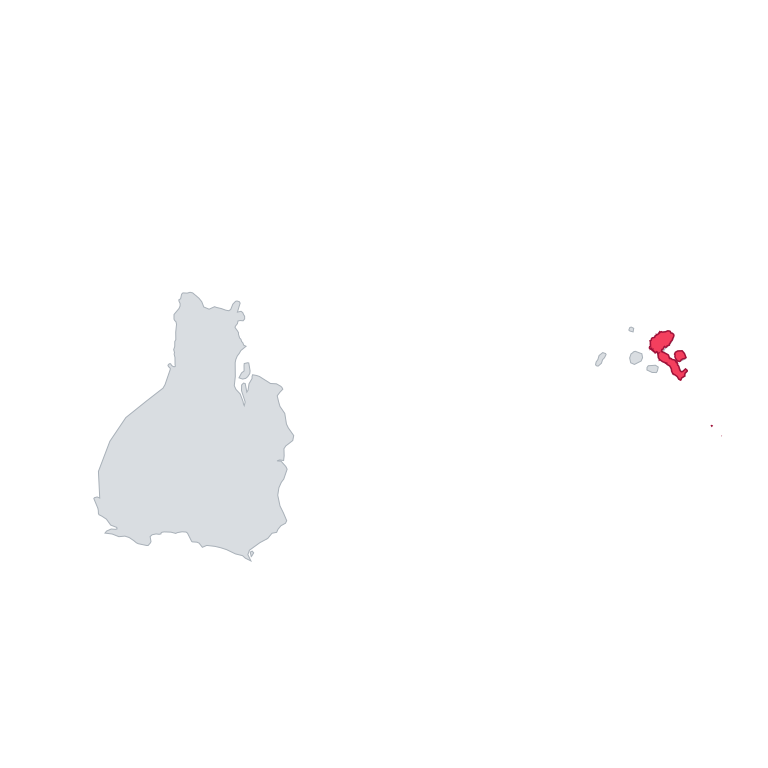 Isabela, Galápagos, Ecuador (highlighted), rotated 164°
{"feature_id": "8360857B49822942031092", "entity_name": "Isabela", "entity_type": "district", "adm_level": 2, "iso_a3": "ECU", "parent_name": "Ecuador", "parent_adm1": "Galápagos", "projection": "natural_earth1", "projection_center": [-91.231, 0.314], "detail": "medium", "context": "in_parent", "style": "filled", "palette": "rose", "viewbox_px": 768, "rotation_deg": 164, "n_neighbors": 0, "source": "geoboundaries", "source_scale": "gbopen_adm2", "svg_char_len": 5530}
<svg xmlns="http://www.w3.org/2000/svg" viewBox="0 0 768 768"><g transform="rotate(164 384 384)"><path d="M693.3,317.6L691.2,319.1L686.2,319.8L682.2,318.3L680.6,318.3L680.4,319.8L685.6,323.7L688.1,330.6L691.7,334.8L694.0,336.9L694.2,338.3L693.5,341.1L693.3,343.4L694.5,353.9L693.7,354.5L690.9,354.5L688.7,352.7L682.6,378.7L663.3,404.5L641.4,422.9L616.1,433.5L597.6,440.9L594.7,443.7L585.6,456.7L585.1,458.0L586.4,460.2L586.5,461.6L585.1,462.5L584.0,462.6L583.4,461.9L583.1,460.4L581.8,458.8L580.4,458.3L579.6,458.7L579.5,460.2L577.6,467.2L577.5,470.6L576.7,471.9L576.7,475.0L574.8,477.8L573.4,482.5L571.9,484.0L569.9,491.3L567.0,498.5L566.8,501.0L567.7,502.8L568.0,504.2L566.7,508.7L560.2,513.1L558.5,515.2L557.8,517.6L558.2,519.7L558.1,521.4L556.0,522.0L553.8,526.1L552.2,527.0L548.1,525.6L545.1,525.6L542.8,524.3L538.2,517.4L536.5,513.3L536.0,507.7L531.5,504.1L525.6,505.0L523.8,503.7L519.5,501.3L515.8,498.6L513.0,497.2L510.8,497.9L507.3,502.4L503.9,504.4L502.4,504.3L500.4,503.0L500.0,501.4L505.1,493.5L501.4,493.3L500.1,491.6L499.9,489.7L499.3,487.5L500.0,485.0L502.0,483.6L504.9,484.7L507.0,484.8L508.3,482.4L511.0,480.5L511.6,479.3L510.2,475.4L509.7,473.3L510.2,472.1L510.1,468.0L509.2,466.4L509.2,464.1L508.4,462.8L508.1,459.9L506.2,458.3L512.4,455.6L514.6,453.4L517.3,451.4L519.7,448.4L521.2,445.5L524.9,432.1L528.4,423.6L527.8,419.6L525.0,414.1L524.3,406.0L524.6,403.5L524.3,401.7L522.4,405.0L522.8,417.0L521.1,422.3L518.8,423.6L517.3,422.7L518.1,414.0L516.4,415.5L513.7,421.4L509.2,425.8L508.9,427.3L507.8,429.1L504.3,427.4L501.7,425.6L493.0,415.8L487.3,413.8L483.9,410.3L483.1,408.9L482.7,406.9L486.3,404.8L489.9,402.1L490.2,396.0L490.2,391.2L487.5,383.0L488.8,372.4L488.1,368.2L485.0,359.3L487.3,354.8L495.4,351.6L498.0,349.4L499.8,342.4L501.6,338.1L505.2,339.8L508.0,339.6L504.2,338.1L501.1,331.7L500.6,328.8L506.6,320.2L509.7,317.9L513.6,313.3L516.8,306.4L517.6,295.5L516.2,287.7L515.2,279.4L517.1,277.3L522.1,276.2L526.0,273.5L528.1,271.0L532.8,271.4L538.3,267.6L547.0,265.7L559.2,261.3L561.9,257.5L560.7,250.6L565.3,254.8L567.3,258.0L573.6,261.6L581.0,268.2L585.9,271.5L591.2,274.5L598.9,277.7L603.6,277.1L605.6,282.0L607.4,283.5L611.8,285.1L612.3,285.8L614.0,294.8L615.0,296.2L618.8,297.6L623.5,298.1L625.4,297.8L629.6,300.3L636.0,302.4L638.3,302.7L639.3,302.3L639.7,301.4L641.6,301.5L644.4,302.7L648.4,303.0L650.9,301.8L651.4,296.8L652.3,295.7L655.2,293.8L656.7,294.2L664.2,298.2L665.8,299.6L667.7,302.4L671.2,306.6L675.0,309.2L680.9,310.3L686.6,314.7L693.3,317.6ZM100.7,312.0L103.0,314.7L104.3,322.6L111.7,330.9L112.7,335.6L112.0,337.7L112.3,338.6L115.9,341.8L118.2,345.3L114.3,353.4L106.0,356.8L97.1,356.6L95.3,355.8L92.9,352.7L92.5,350.0L93.8,347.3L98.4,343.3L105.5,339.7L106.3,337.0L103.5,334.4L101.6,329.1L97.1,325.4L94.9,314.0L93.5,313.5L90.4,315.0L89.0,313.7L88.7,313.0L92.0,310.4L92.6,308.5L97.4,307.7L99.5,309.1L100.7,312.0ZM135.5,346.1L133.5,346.2L127.8,342.0L128.2,338.0L130.5,335.2L137.9,333.8L141.0,336.4L140.7,341.3L138.2,344.9L136.2,345.5L135.5,346.1ZM513.4,440.5L512.7,442.2L509.2,442.0L508.2,441.5L509.1,433.6L510.1,431.1L513.0,428.6L515.4,427.5L518.5,427.7L521.7,429.9L517.9,433.9L514.9,435.1L513.4,440.5ZM95.0,332.8L91.3,333.5L88.2,332.1L86.9,329.8L86.6,326.4L86.9,325.2L93.8,324.0L96.0,326.9L96.0,331.1L95.0,332.8ZM169.4,352.1L165.1,353.9L162.6,352.2L162.4,351.1L164.8,348.5L167.2,347.1L169.3,344.0L173.1,342.2L174.3,342.6L175.0,343.3L175.3,344.3L174.0,346.7L171.7,348.5L169.4,352.1ZM126.6,327.4L124.9,328.7L117.9,327.2L115.7,324.7L117.5,321.3L119.0,319.9L123.1,321.2L127.4,325.0L126.6,327.4ZM132.2,370.5L130.7,370.6L128.6,368.7L130.2,365.4L133.1,367.2L133.8,368.4L132.2,370.5ZM558.9,259.3L556.8,259.7L555.8,257.6L558.4,255.2L559.2,254.7L558.9,259.3Z" fill="#d9dde1" stroke="#a8b0b8" stroke-width="1"/><path d="M98.1,306.0L97.4,306.1L96.3,307.7L92.6,308.8L92.6,309.7L91.5,311.5L89.1,312.7L88.8,313.5L90.0,315.4L93.4,313.7L94.6,313.8L95.3,314.4L95.8,315.7L95.8,320.0L96.6,321.5L96.1,322.6L96.4,324.2L96.7,324.5L97.1,324.2L97.5,326.0L98.4,327.3L100.3,328.1L100.7,329.1L102.0,329.7L102.0,330.0L102.5,329.9L102.6,333.5L106.0,336.9L107.1,337.5L107.3,338.3L108.2,338.6L107.8,339.0L108.1,339.4L107.4,340.6L106.5,340.4L104.5,342.5L104.0,342.7L103.8,342.2L102.8,341.6L101.7,342.0L101.4,342.6L99.0,342.7L98.6,343.8L97.2,344.8L97.1,345.3L94.8,346.8L94.0,348.2L92.7,349.4L91.9,350.8L91.9,351.9L92.8,353.3L94.3,354.1L94.3,355.6L95.3,356.4L96.7,356.9L99.0,356.6L102.4,357.2L102.8,357.8L104.1,357.8L104.5,358.3L104.8,358.0L104.7,357.4L105.7,357.3L105.7,356.8L107.9,356.1L108.5,356.5L108.6,355.9L110.2,355.5L111.0,354.2L113.4,354.4L114.3,353.9L115.2,352.3L116.4,352.2L116.3,350.9L116.8,349.8L116.8,348.8L117.1,348.6L117.3,346.9L118.3,346.7L119.0,345.5L118.7,344.8L117.7,344.7L118.1,344.1L117.2,344.2L117.4,343.7L117.2,343.2L116.2,343.2L116.8,342.4L116.0,341.9L116.2,341.4L115.7,341.1L115.8,340.8L115.2,340.6L114.8,339.1L113.2,339.9L113.0,339.4L112.4,339.3L112.6,337.9L112.3,337.6L111.6,337.8L112.7,336.5L112.5,335.1L113.0,334.6L113.0,333.4L112.5,332.4L112.7,331.2L112.2,331.4L110.1,328.7L106.7,326.2L107.2,326.0L106.7,325.6L106.5,324.8L104.3,322.5L103.6,319.5L104.0,317.0L103.5,314.0L102.9,313.9L102.7,313.1L102.0,312.8L100.1,310.4L99.3,307.3L98.8,307.1L98.1,306.0ZM93.8,324.2L92.8,324.4L92.0,325.1L90.1,325.8L87.9,325.7L86.4,326.2L86.8,330.6L88.2,333.7L92.5,334.8L95.1,334.2L96.5,332.6L96.2,331.6L96.9,329.9L96.5,327.4L95.6,325.4L93.8,324.2ZM80.5,253.2L80.2,253.4L80.5,253.7L80.3,254.1L80.7,253.8L80.5,253.2ZM73.8,241.2L73.5,241.0L73.8,241.2Z" fill="#f43f5e" stroke="#9f1239" stroke-width="1.5"/></g></svg>